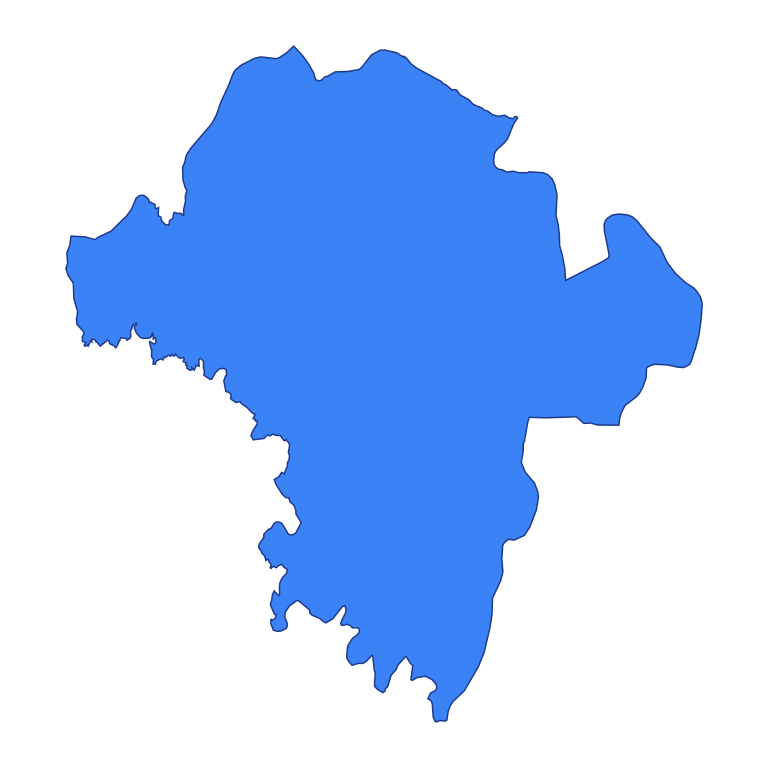 Ioba, Ioba, Burkina Faso
{"feature_id": "67063806B47797635439115", "entity_name": "Ioba", "entity_type": "district", "adm_level": 2, "iso_a3": "BFA", "parent_name": "Burkina Faso", "parent_adm1": "Ioba", "projection": "equal_earth", "projection_center": [-3.138, 11.037], "detail": "fine", "context": "isolated", "style": "filled", "palette": "blue", "viewbox_px": 768, "rotation_deg": 0, "n_neighbors": 0, "source": "geoboundaries", "source_scale": "gbopen_adm2", "svg_char_len": 6050}
<svg xmlns="http://www.w3.org/2000/svg" viewBox="0 0 768 768"><path d="M517.5,118.1L516.9,116.7L515.0,116.6L513.1,118.6L509.3,117.9L504.4,115.2L498.8,116.4L492.6,114.7L487.5,111.0L484.4,110.2L481.7,107.8L476.0,105.8L472.3,103.6L469.4,100.1L460.8,95.3L458.3,92.7L457.2,90.4L455.0,89.6L451.9,89.8L446.1,85.0L442.3,83.0L441.8,81.8L417.0,68.3L411.2,64.0L406.0,57.7L403.6,56.3L403.6,57.3L396.8,52.8L385.2,50.1L380.0,50.2L371.4,55.0L361.5,67.6L359.1,69.5L348.3,71.4L335.2,71.9L327.8,76.1L325.0,76.8L321.7,79.9L319.1,81.1L315.5,79.5L313.7,73.0L308.6,64.0L302.4,55.4L293.7,46.1L286.6,52.8L278.6,58.1L275.4,58.6L260.9,56.9L254.9,58.2L241.5,64.9L235.1,70.3L232.8,74.2L229.0,84.5L220.9,102.0L216.3,115.1L211.8,123.6L190.6,148.4L186.3,155.3L184.6,162.7L182.6,167.3L183.0,180.1L185.4,188.0L186.9,190.5L185.3,196.1L185.5,201.3L183.6,209.7L183.8,215.6L182.2,215.3L181.8,213.7L180.4,213.2L177.5,213.5L174.9,212.4L173.7,213.0L172.8,218.4L169.5,220.7L169.0,225.2L165.1,224.4L163.3,222.4L162.2,222.1L160.8,217.0L158.1,215.6L158.6,207.5L156.2,208.7L155.3,208.0L154.9,204.2L152.8,203.7L151.3,202.4L149.7,202.5L148.4,199.1L145.2,196.1L143.0,195.2L139.8,195.5L136.3,197.9L131.4,209.3L126.7,215.8L111.0,231.2L97.6,237.5L95.1,239.6L85.3,236.9L71.0,236.1L69.9,244.9L66.8,253.2L67.7,262.8L65.9,268.6L68.1,275.3L73.3,283.2L73.9,298.7L77.5,311.2L77.2,316.0L76.4,318.6L77.0,324.4L83.4,331.5L84.0,333.2L82.3,337.2L82.4,341.5L85.8,342.4L84.2,345.3L85.2,346.2L87.3,345.2L88.2,346.1L90.7,340.8L91.9,341.9L91.8,339.9L92.5,338.9L95.5,340.1L95.8,341.7L96.7,341.9L100.2,346.2L107.5,340.2L108.7,340.8L109.9,343.9L114.2,345.7L115.4,347.7L116.5,347.0L120.9,337.8L126.0,338.4L127.0,340.3L130.1,338.2L130.8,336.7L130.5,330.6L131.7,329.3L132.2,325.9L134.2,323.8L136.6,323.4L136.4,324.9L134.3,326.1L134.2,327.7L136.5,333.2L140.0,337.1L142.8,338.4L149.6,338.0L151.4,336.6L152.4,333.2L153.1,334.2L153.3,339.0L155.0,337.4L155.5,338.7L156.0,341.4L155.6,343.2L154.2,344.1L150.0,341.4L149.6,342.9L151.7,350.6L151.5,356.8L153.4,359.2L153.2,364.2L155.4,364.1L155.8,362.0L156.8,360.9L160.7,358.8L163.0,360.0L164.5,356.8L165.7,357.3L168.4,355.1L170.7,356.3L171.4,354.7L172.7,354.3L173.4,356.1L174.8,355.8L175.7,354.2L178.5,357.5L180.8,358.3L183.2,357.4L184.3,358.3L183.1,361.7L186.6,363.1L185.6,364.7L187.3,366.5L186.7,368.0L189.8,370.3L191.9,369.8L191.8,367.6L194.3,370.1L196.2,365.5L199.1,366.2L198.8,360.9L199.3,359.3L200.5,358.5L201.6,359.2L203.5,361.5L203.5,367.8L204.4,371.8L203.9,375.3L209.8,379.2L211.7,379.3L215.5,372.6L219.1,368.9L223.4,368.4L226.0,369.5L226.7,375.0L225.6,375.9L223.8,380.7L225.9,391.6L228.9,392.3L231.2,394.6L230.6,398.6L232.0,399.9L236.0,402.5L240.2,401.7L241.3,403.5L246.6,407.2L252.7,413.3L255.0,414.4L253.1,418.8L255.0,419.0L255.3,421.0L257.2,421.0L257.0,424.2L252.4,431.6L251.0,435.8L253.3,439.8L263.9,438.5L267.6,435.0L269.3,435.8L271.0,435.5L272.5,434.0L276.4,435.5L280.2,435.4L283.8,440.4L285.2,440.7L286.1,439.5L288.8,443.0L289.6,445.3L288.4,452.5L289.5,455.5L289.0,459.9L287.5,462.4L287.3,466.4L284.1,473.9L281.6,472.4L278.7,476.9L274.2,479.5L276.1,484.6L282.3,494.3L285.8,497.7L288.6,497.6L290.1,502.0L293.4,504.7L294.8,506.9L296.0,511.4L295.9,514.0L301.2,522.6L295.9,532.9L292.8,534.8L290.4,534.9L288.5,534.3L281.8,523.3L278.8,521.9L275.7,522.2L273.9,523.7L270.8,528.7L268.6,529.2L263.8,534.3L263.8,537.4L259.2,544.0L258.6,547.0L259.5,549.1L260.8,550.1L262.0,553.4L264.7,556.0L265.9,560.5L267.6,559.1L268.5,559.8L268.7,561.4L271.4,565.2L270.1,567.7L270.9,568.4L273.5,566.3L276.3,567.7L278.5,565.7L281.8,564.3L284.0,567.3L286.6,569.0L287.2,570.6L286.3,573.7L282.5,577.5L280.0,582.5L279.4,587.3L279.6,593.7L278.7,595.6L274.2,591.0L272.4,594.7L271.6,600.8L270.4,603.7L270.8,605.9L274.4,614.2L276.1,614.8L275.8,616.9L274.7,618.7L272.7,620.2L271.6,619.3L270.8,619.9L271.0,624.1L273.4,630.3L278.0,631.4L281.5,630.8L286.3,628.4L287.2,626.4L287.4,623.7L284.8,617.1L285.1,612.6L289.3,606.0L297.1,600.4L298.7,600.8L309.6,610.0L310.0,613.5L312.5,615.4L320.3,618.7L322.4,620.9L325.9,622.9L332.7,618.9L342.5,606.4L345.0,605.9L346.1,609.9L345.6,612.7L341.7,620.4L340.7,623.6L341.1,624.9L343.0,625.4L347.1,624.4L350.2,625.4L352.5,627.9L356.4,627.7L358.7,628.3L359.4,629.6L359.2,631.9L357.6,634.5L352.4,638.4L348.4,644.7L347.4,647.7L346.7,657.2L347.8,660.1L350.0,663.0L352.1,665.3L358.2,663.4L363.0,663.4L366.2,661.4L372.0,655.3L372.8,656.0L374.2,669.7L375.3,673.8L374.5,682.9L374.7,686.5L377.4,689.3L382.8,692.6L384.9,691.3L385.5,688.7L387.7,686.6L391.1,675.2L396.5,669.1L397.5,665.6L405.1,657.0L406.2,656.6L410.6,663.7L412.8,665.4L410.9,679.6L412.2,680.4L417.1,677.5L425.6,676.3L432.0,679.5L435.6,683.8L436.6,686.0L436.7,688.7L434.6,691.0L430.5,693.0L427.9,698.8L431.1,700.6L432.3,704.0L433.2,717.1L435.1,721.4L436.7,721.9L439.7,720.6L445.4,721.0L446.9,720.1L448.1,711.6L450.2,705.7L453.3,701.2L464.3,690.8L478.4,666.6L484.2,652.1L489.9,627.8L492.0,614.1L492.5,598.2L500.7,580.6L502.9,571.9L501.8,558.3L502.7,545.6L504.4,542.5L508.6,539.3L514.1,540.1L524.4,535.4L529.8,527.1L536.3,510.1L538.4,497.6L537.8,492.0L534.5,483.1L525.2,472.1L521.3,462.5L523.3,450.3L523.2,444.2L524.4,441.3L527.7,422.5L529.2,417.3L546.3,417.8L576.3,416.8L583.8,423.4L590.5,423.0L597.6,425.0L618.9,425.2L619.7,418.0L621.4,412.6L625.0,405.5L636.4,396.7L639.5,393.2L642.6,387.6L646.1,378.0L646.5,368.2L648.4,366.5L654.5,364.3L667.3,364.9L678.2,367.2L683.6,367.5L689.5,364.6L691.0,361.9L695.9,346.9L698.9,335.3L700.9,321.0L702.1,306.7L701.9,302.1L700.4,296.9L697.1,291.8L694.2,288.3L685.6,282.7L675.5,273.5L667.2,262.5L659.9,247.0L650.9,238.1L636.7,220.4L632.1,216.7L627.4,214.9L618.9,214.0L612.2,215.1L607.6,218.0L605.3,220.9L604.1,224.8L604.4,231.0L608.8,253.1L609.1,256.5L608.5,257.7L603.0,261.3L565.6,280.4L564.8,268.7L562.1,254.2L559.6,245.7L559.4,234.6L558.2,224.7L556.0,215.6L557.0,195.0L554.7,184.5L552.2,179.0L547.7,174.6L543.0,172.7L529.3,171.8L527.3,172.7L519.2,172.7L513.1,171.2L507.0,172.1L502.7,170.0L498.3,169.1L495.8,167.1L493.9,164.2L493.7,160.1L494.3,154.1L495.2,152.1L496.9,149.5L504.1,143.1L507.7,138.6L513.7,123.8L517.5,118.1Z" fill="#3b82f6" stroke="#1e3a8a" stroke-width="1.5"/></svg>